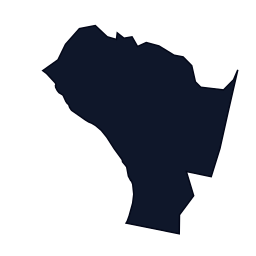 outline of Pulaski, Illinois, United States of America, rotated 102°
{"feature_id": "52423323B7209485651557", "entity_name": "Pulaski", "entity_type": "district", "adm_level": 2, "iso_a3": "USA", "parent_name": "United States of America", "parent_adm1": "Illinois", "projection": "equal_earth", "projection_center": [-89.12, 37.202], "detail": "fine", "context": "isolated", "style": "filled", "palette": "ink", "viewbox_px": 256, "rotation_deg": 102, "n_neighbors": 0, "source": "geoboundaries", "source_scale": "gbopen_adm2", "svg_char_len": 888}
<svg xmlns="http://www.w3.org/2000/svg" viewBox="0 0 256 256"><g transform="rotate(102 128 128)"><path d="M221.4,110.1L220.8,55.9L202.2,59.6L180.6,49.7L158.4,61.9L158.3,36.5L128.9,33.8L91.1,33.4L48.3,32.7L58.9,34.8L70.9,42.5L73.0,65.3L68.8,71.7L53.8,78.6L47.0,88.9L47.2,98.2L41.3,114.8L40.6,127.9L46.3,135.6L38.0,143.0L41.0,150.6L37.2,158.3L43.8,157.7L43.1,167.3L34.6,181.3L40.9,196.2L59.1,206.5L75.9,210.7L89.6,223.3L91.6,219.0L99.0,208.5L100.7,207.4L101.5,207.8L103.3,207.2L106.1,204.9L107.8,202.8L109.1,199.0L109.6,198.2L114.9,194.3L116.6,192.5L117.4,190.9L120.1,189.3L122.4,186.9L129.0,171.3L130.3,167.6L130.8,164.6L132.3,160.2L135.8,153.7L141.3,146.9L151.2,137.1L160.2,127.1L162.2,126.3L166.3,121.2L175.0,117.6L179.3,114.0L177.9,114.4L182.0,111.7L191.6,108.6L200.4,107.8L213.8,108.6L218.7,109.3L219.4,109.4L221.4,110.1Z" fill="#0f172a" stroke="#020617" stroke-width="1.5"/></g></svg>